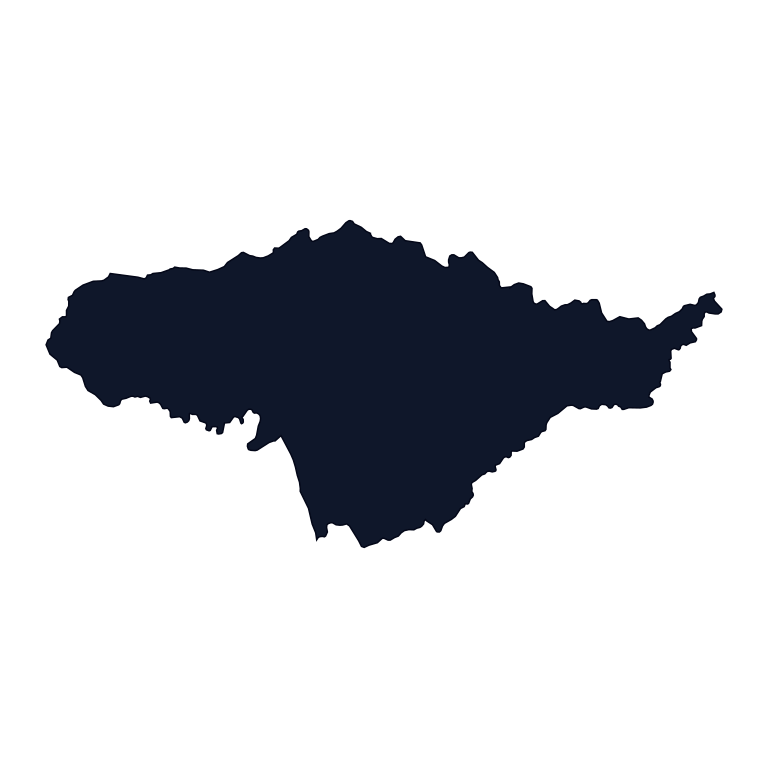 outline of Nacaroa, Nampula, Mozambique
{"feature_id": "85939544B80156310814638", "entity_name": "Nacaroa", "entity_type": "district", "adm_level": 2, "iso_a3": "MOZ", "parent_name": "Mozambique", "parent_adm1": "Nampula", "projection": "robinson", "projection_center": [39.936, -14.362], "detail": "fine", "context": "isolated", "style": "filled", "palette": "ink", "viewbox_px": 768, "rotation_deg": 0, "n_neighbors": 0, "source": "geoboundaries", "source_scale": "gbopen_adm2", "svg_char_len": 6099}
<svg xmlns="http://www.w3.org/2000/svg" viewBox="0 0 768 768"><path d="M46.1,344.8L50.0,354.2L57.2,360.1L59.8,366.5L61.7,367.6L66.9,367.2L74.5,372.4L80.9,375.0L82.7,377.7L85.4,386.4L88.0,390.5L95.3,394.7L101.0,400.3L103.6,404.1L108.1,406.1L113.5,406.7L118.7,404.8L119.7,403.7L120.6,400.6L121.8,399.2L126.0,398.3L131.0,396.3L133.0,396.2L134.9,397.0L137.6,396.3L140.4,397.4L145.3,396.1L147.4,396.6L150.0,398.1L150.4,399.3L149.7,401.1L150.6,403.1L157.2,402.1L159.0,402.8L160.6,404.3L162.8,408.4L164.2,408.7L167.3,408.2L168.5,409.0L170.2,411.6L170.4,416.4L171.3,417.6L179.7,416.7L182.3,418.2L184.2,422.3L185.4,422.8L187.3,422.1L188.8,420.6L189.4,418.7L189.3,414.0L189.9,413.4L192.5,414.4L195.9,414.4L197.4,415.3L200.0,420.9L205.7,422.9L206.5,424.0L206.7,425.8L205.8,428.5L206.4,429.8L209.1,430.8L210.2,430.4L212.1,426.7L215.8,426.6L217.3,427.1L217.5,428.3L216.6,430.3L217.2,433.7L218.7,434.0L221.5,433.5L222.6,432.5L224.5,423.0L229.7,422.5L233.5,417.1L235.0,416.5L238.4,417.6L239.6,419.0L240.9,423.1L241.5,423.7L242.6,423.2L243.3,422.1L243.2,419.5L241.8,417.2L243.0,416.3L247.1,410.4L248.7,409.2L251.0,409.3L252.0,409.9L253.2,412.3L254.3,413.1L256.5,412.9L258.5,413.8L260.1,415.6L260.6,418.5L260.2,421.3L258.3,426.1L256.6,435.3L255.3,438.5L247.7,443.9L247.4,446.2L248.2,448.9L248.9,449.7L250.9,450.3L255.2,450.6L257.2,450.1L269.1,442.5L273.6,440.9L275.1,440.9L281.0,435.6L290.8,454.1L293.3,459.9L295.4,466.9L297.3,475.3L299.5,482.2L300.3,488.4L300.2,491.3L308.5,508.3L312.2,524.1L315.7,532.8L316.7,539.8L318.2,537.5L319.7,536.7L322.3,536.4L324.5,536.8L325.6,536.0L327.4,532.0L326.6,527.7L326.8,525.1L328.2,523.6L330.9,522.7L332.6,522.8L336.1,524.8L339.9,525.2L342.7,525.0L346.6,523.9L349.5,525.9L358.7,540.8L361.5,546.4L364.2,547.4L368.9,545.2L377.4,542.7L382.4,538.2L384.1,538.3L388.0,540.1L390.3,540.1L394.6,537.5L398.3,536.1L401.2,532.8L404.4,530.6L408.9,529.6L413.9,529.8L416.8,528.2L419.9,527.4L421.6,526.3L423.6,523.9L424.0,521.2L425.5,519.5L426.7,520.9L432.5,524.7L436.4,531.3L437.1,531.9L439.4,532.0L440.8,530.7L442.5,526.0L444.4,523.4L451.4,519.4L455.4,516.3L460.5,508.5L464.2,506.6L465.2,503.8L467.7,504.0L468.6,503.3L470.3,499.0L472.6,496.8L473.3,495.1L473.0,493.4L471.8,491.5L472.1,488.4L471.3,484.5L471.8,482.7L475.9,480.2L481.8,474.9L484.8,473.9L486.9,471.6L489.1,471.1L492.2,471.9L495.0,471.3L495.8,470.7L496.0,469.7L495.1,466.4L495.5,465.2L499.6,463.6L503.3,458.1L504.5,457.1L506.2,456.7L508.3,457.6L509.7,457.2L511.1,455.4L511.2,451.7L512.0,451.0L517.1,451.2L523.0,449.0L524.3,447.0L524.3,442.9L524.9,441.9L526.8,440.6L531.6,439.5L534.6,437.5L538.4,436.2L540.8,432.3L542.0,431.5L545.0,430.7L545.9,429.4L546.1,424.9L546.8,422.7L550.2,417.4L557.9,413.4L567.0,405.8L571.3,405.2L573.2,405.4L578.9,408.6L580.4,408.7L584.1,407.0L585.9,406.9L591.5,408.9L596.6,409.1L598.2,408.5L599.4,405.8L601.7,404.3L605.7,404.7L607.6,406.0L609.0,407.9L610.4,408.1L612.0,407.5L613.9,404.6L616.0,404.1L617.9,405.1L618.5,406.1L620.7,407.0L622.2,409.4L623.7,409.4L628.8,407.7L640.2,407.9L646.6,407.1L651.0,405.4L652.5,404.2L653.1,402.4L653.1,401.0L652.1,399.0L649.0,397.1L648.9,395.5L650.3,392.1L656.0,387.7L659.2,386.7L660.3,385.8L660.5,384.3L659.7,382.3L660.3,381.8L662.2,373.8L665.7,372.0L669.6,371.2L670.9,369.6L670.0,367.9L670.0,362.2L668.9,360.3L669.1,359.6L670.5,359.2L671.1,358.3L670.7,351.0L671.5,349.4L674.4,348.3L678.4,349.8L679.2,349.6L680.2,348.3L680.6,346.2L681.9,344.8L683.5,344.3L686.2,345.3L690.1,342.9L695.4,341.7L696.5,339.8L696.5,338.5L691.5,331.7L691.2,329.4L691.5,328.5L693.1,327.9L695.1,328.0L701.6,325.6L701.8,321.1L702.4,319.2L704.2,316.6L704.2,313.7L705.1,312.1L706.8,311.9L708.9,313.0L715.0,313.9L718.2,313.9L721.2,311.9L721.9,309.2L714.4,301.0L713.4,298.2L714.9,296.6L715.0,295.1L713.9,292.4L710.2,293.9L706.8,294.2L703.6,296.1L700.3,297.3L699.1,299.0L698.4,302.5L696.4,305.0L694.7,305.4L690.1,304.3L684.4,305.7L683.4,306.4L682.3,308.8L679.4,311.7L675.4,313.5L671.4,316.3L668.2,317.3L665.8,318.9L660.0,324.7L657.2,325.8L655.1,327.8L650.2,330.1L648.9,330.1L646.7,328.7L645.4,326.6L644.5,323.8L641.5,320.2L638.2,317.9L628.8,319.0L619.8,316.7L612.7,320.6L609.5,321.6L607.0,321.3L601.6,312.9L599.2,303.1L597.4,300.1L596.4,299.7L591.7,299.7L590.2,300.3L588.2,302.8L586.6,303.6L583.5,303.4L582.3,303.9L581.2,303.6L580.8,302.3L579.1,300.9L574.8,300.1L570.9,303.0L567.5,304.7L565.0,304.8L561.3,306.1L557.1,309.3L554.8,309.9L549.5,306.2L544.9,300.6L542.6,300.7L537.2,304.0L535.9,304.1L534.0,303.2L533.1,301.6L531.8,293.9L532.0,288.3L530.9,286.7L523.3,283.8L518.7,283.0L514.3,284.6L510.5,287.4L510.7,286.9L501.2,287.9L499.4,285.4L499.3,281.8L498.0,279.6L497.6,277.5L494.3,272.4L487.5,267.4L482.3,262.7L478.5,260.2L472.3,252.3L470.2,252.1L468.8,252.6L464.3,257.1L461.4,257.8L458.8,257.8L453.9,254.8L451.8,254.8L449.8,256.0L448.6,259.8L448.6,262.1L449.3,264.8L449.0,266.8L448.4,267.3L444.9,267.5L441.8,266.0L434.7,260.5L425.6,256.8L421.7,245.0L420.2,242.9L405.2,240.7L400.6,236.3L398.1,236.8L395.1,239.2L393.1,242.8L392.1,243.5L389.3,243.4L381.3,238.5L377.3,238.7L372.6,237.4L371.7,236.6L370.2,233.7L370.4,233.3L366.4,231.5L361.3,227.3L354.2,223.9L352.5,221.4L350.0,220.6L348.8,220.8L345.9,222.7L341.0,228.3L337.1,231.2L334.0,232.9L329.2,233.6L322.6,236.1L320.0,237.4L318.2,239.4L313.6,241.3L312.0,241.3L311.1,240.4L308.8,236.6L308.9,231.7L308.5,230.3L306.6,228.8L305.1,228.7L301.6,230.7L298.8,231.1L297.7,231.9L296.7,234.3L291.4,237.4L289.1,240.7L279.8,247.6L278.7,248.2L274.6,248.0L273.3,249.8L273.4,252.1L273.0,253.0L268.2,255.9L263.2,257.8L260.2,258.0L256.0,257.4L252.8,256.1L249.6,255.6L243.4,252.4L241.5,252.7L238.3,255.6L227.5,262.5L224.3,266.6L217.7,269.6L209.5,272.2L203.5,270.2L192.8,269.8L186.2,268.1L179.7,268.0L174.7,267.1L173.2,268.4L170.1,269.0L169.2,269.8L161.0,272.7L152.9,273.5L150.8,274.8L147.5,275.1L146.2,277.8L144.3,278.9L137.9,277.2L110.2,273.5L108.5,276.9L104.0,280.2L101.6,280.9L93.2,281.3L83.0,285.1L75.4,290.2L74.2,291.6L72.5,295.3L68.4,297.4L68.1,299.6L68.8,301.4L68.7,306.1L66.5,310.4L66.5,315.6L65.8,316.8L62.4,316.8L59.4,319.1L59.9,321.1L59.5,323.6L52.6,330.7L51.5,332.7L50.8,338.2L48.0,340.0L46.1,344.8Z" fill="#0f172a" stroke="#020617" stroke-width="1.5"/></svg>